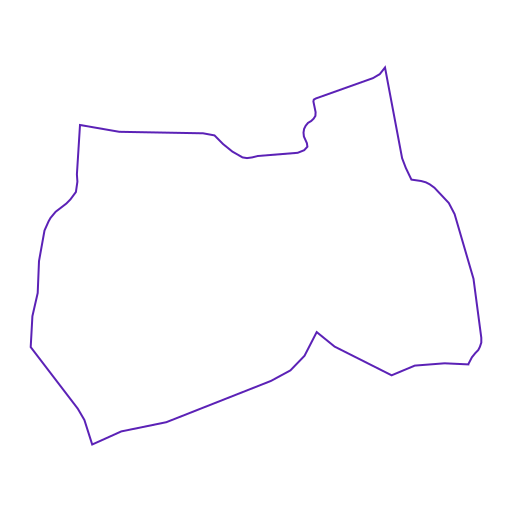 the Province of Samut Sakhon
{"feature_id": "THA-423", "entity_name": "Samut Sakhon", "entity_type": "Province", "adm_level": 1, "iso_a3": "THA", "parent_name": "Thailand", "parent_adm1": "", "projection": "orthographic", "projection_center": [100.245, 13.578], "detail": "fine", "context": "isolated", "style": "outline", "palette": "violet", "viewbox_px": 512, "rotation_deg": 0, "n_neighbors": 0, "source": "natural_earth", "source_scale": "10m", "svg_char_len": 993}
<svg xmlns="http://www.w3.org/2000/svg" viewBox="0 0 512 512"><path d="M468.3,364.4L444.6,363.3L414.8,365.6L391.6,375.3L334.6,346.6L316.7,332.1L304.5,355.8L290.4,370.4L271.0,380.9L166.3,422.2L121.3,431.4L92.2,444.5L84.4,420.0L77.8,408.7L30.7,347.1L32.4,316.2L37.7,293.0L39.0,261.1L44.5,230.5L48.6,221.3L50.6,217.8L55.7,211.7L66.4,203.5L70.5,199.3L75.9,192.0L77.4,181.7L76.9,174.4L80.0,125.0L119.3,131.8L203.1,133.3L214.5,135.4L223.1,144.1L232.4,151.6L242.5,157.4L247.0,158.1L252.2,157.4L257.7,156.0L297.7,152.8L304.2,150.2L307.4,146.7L306.9,143.2L303.9,136.5L303.5,132.6L304.1,128.9L305.7,125.7L308.0,122.9L311.2,121.0L313.6,118.7L315.4,115.9L315.6,112.2L313.4,101.5L313.8,99.6L316.0,98.4L373.0,78.1L379.8,74.1L385.0,67.5L402.1,158.2L405.8,167.9L411.4,179.6L421.1,181.0L425.8,182.3L429.7,184.3L434.4,187.7L448.8,203.0L454.6,214.1L473.5,278.8L481.3,337.8L481.3,342.6L479.9,346.8L478.3,350.0L475.3,353.1L471.9,357.3L468.3,364.2L468.3,364.4Z" fill="none" stroke="#5b21b6" stroke-width="2"/></svg>